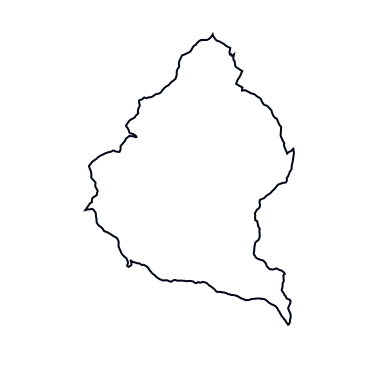 Ciocanesti, Suceava, Romania, rotated 258°
{"feature_id": "2599482B33637098668000", "entity_name": "Ciocanesti", "entity_type": "district", "adm_level": 2, "iso_a3": "ROU", "parent_name": "Romania", "parent_adm1": "Suceava", "projection": "albers", "projection_center": [25.216, 47.495], "detail": "fine", "context": "isolated", "style": "outline", "palette": "ink", "viewbox_px": 384, "rotation_deg": 258, "n_neighbors": 0, "source": "geoboundaries", "source_scale": "gbopen_adm2", "svg_char_len": 6023}
<svg xmlns="http://www.w3.org/2000/svg" viewBox="0 0 384 384"><g transform="rotate(258 192 192)"><path d="M193.6,294.1L197.1,295.1L201.1,296.9L207.4,299.3L209.1,299.8L213.2,300.1L212.8,299.1L211.9,298.3L211.4,296.8L210.8,294.5L209.8,293.1L214.0,292.3L218.4,291.6L219.3,291.8L219.9,292.2L220.4,292.4L223.6,291.4L228.5,290.4L229.9,290.7L236.9,292.7L237.8,292.5L238.7,291.8L240.5,291.2L244.3,290.5L245.5,290.4L246.0,290.2L247.3,288.6L249.7,287.4L252.4,286.8L255.6,286.6L256.7,285.9L260.6,283.4L261.1,282.7L261.7,281.6L262.1,280.9L262.7,280.4L264.9,279.5L266.2,279.1L268.8,278.7L270.8,276.9L271.5,275.9L274.1,273.8L274.9,273.1L276.0,270.7L278.2,268.0L280.2,265.7L280.7,264.3L280.6,263.4L280.8,262.0L281.9,262.2L283.7,263.1L288.6,257.6L291.9,259.7L295.6,263.3L299.9,266.3L301.6,264.4L304.2,261.9L305.8,260.6L309.2,260.7L310.8,260.9L311.4,260.8L312.7,260.1L314.5,260.2L317.8,261.6L316.8,259.9L316.9,259.2L318.5,259.1L318.6,257.7L319.6,257.8L320.6,257.5L321.7,258.1L324.9,259.4L327.9,255.6L329.5,254.6L332.3,251.6L333.5,250.2L334.9,247.7L336.3,246.8L339.4,245.4L341.1,245.0L341.8,245.0L340.1,243.4L338.7,241.4L338.1,240.0L337.7,238.7L337.8,237.0L338.6,233.8L338.4,233.3L338.4,233.0L338.8,232.2L338.3,230.7L338.0,230.0L336.8,228.0L336.1,227.3L335.2,226.2L334.9,225.2L334.3,224.0L333.6,223.1L330.0,220.0L329.1,217.9L327.8,211.9L327.7,210.7L323.0,207.0L320.2,205.8L317.5,205.6L316.8,205.2L315.4,203.5L313.3,202.2L309.4,201.3L306.3,199.5L305.8,198.8L305.3,197.8L303.4,193.9L301.5,191.6L300.9,189.9L300.6,188.6L299.5,186.6L297.8,184.3L296.0,182.3L295.6,181.6L295.1,179.2L295.2,176.7L294.5,175.5L293.9,173.8L293.5,173.0L293.3,171.0L293.6,168.8L293.2,167.6L293.3,167.0L294.3,165.2L294.3,164.6L294.1,164.0L293.0,162.7L292.8,159.8L292.4,159.2L289.8,158.8L287.9,159.0L287.3,158.8L284.2,156.6L282.6,156.0L282.2,156.0L281.4,155.6L280.6,155.9L280.3,155.8L279.7,155.3L278.5,153.0L276.9,151.6L276.6,151.0L275.7,147.6L275.2,146.4L274.5,145.2L270.8,141.3L270.5,141.2L269.4,141.5L268.9,142.0L266.1,142.9L263.3,143.1L262.7,143.4L262.1,144.1L261.8,144.7L261.1,146.4L259.9,147.4L259.7,147.9L258.3,148.9L257.3,149.0L257.3,148.4L258.9,145.7L259.8,142.1L258.8,140.4L258.6,140.1L258.0,138.7L257.5,138.0L256.5,137.5L255.7,136.8L251.8,131.7L248.6,131.0L246.6,129.8L246.3,129.4L246.3,129.0L247.7,125.3L248.9,124.0L249.0,123.6L249.0,123.2L248.3,121.9L248.2,117.8L247.9,116.1L247.8,114.5L247.3,113.3L246.9,111.1L245.8,107.9L244.4,105.5L242.2,100.5L241.5,99.8L239.5,97.3L238.7,96.6L236.3,96.8L233.9,97.3L231.4,97.4L227.0,96.5L226.5,96.6L221.4,99.6L218.5,98.7L217.3,98.6L213.2,99.9L212.2,99.8L210.8,98.9L208.8,98.2L207.3,94.3L206.3,92.9L202.8,91.9L202.4,90.2L196.5,83.9L196.5,84.9L196.7,86.3L196.3,88.2L196.3,90.7L195.5,91.6L194.5,92.3L191.2,93.5L187.9,93.0L184.1,92.8L182.1,92.4L179.6,93.3L178.0,94.3L176.2,96.1L175.5,96.5L173.9,97.3L173.1,97.6L172.6,97.6L172.3,97.8L170.9,99.5L170.6,100.5L169.5,101.6L167.6,103.7L166.6,104.5L166.0,105.5L165.0,106.0L163.6,108.1L163.0,108.6L161.3,109.4L159.9,109.8L157.9,109.8L154.2,108.8L148.6,109.9L146.4,110.4L144.9,111.0L143.1,112.3L142.1,112.8L141.6,113.6L141.0,114.0L138.3,114.6L135.9,114.7L134.0,113.5L132.8,113.3L132.7,113.5L132.7,113.9L132.0,114.4L132.2,115.5L133.1,117.3L134.1,117.8L135.1,118.0L138.4,117.6L136.8,118.7L135.7,119.9L135.2,121.1L133.8,123.4L133.0,125.9L131.3,127.4L130.9,127.9L131.0,129.1L130.7,129.8L129.1,131.7L126.9,133.5L125.8,133.5L124.4,134.4L123.2,134.7L122.3,135.5L121.3,135.8L120.2,136.5L118.4,138.3L117.9,138.6L117.0,138.9L116.5,139.5L115.3,140.3L114.2,141.6L113.7,141.9L111.4,145.4L111.3,146.0L111.4,146.8L111.4,147.2L110.9,148.1L110.9,149.3L109.0,151.9L108.6,152.8L108.7,153.5L109.2,154.6L109.5,155.6L109.6,156.4L109.5,156.9L109.3,157.4L108.4,159.2L108.1,160.0L108.0,161.0L107.5,163.5L107.0,164.9L106.7,166.3L105.7,168.9L105.6,170.9L105.0,172.9L104.1,174.7L102.5,176.0L102.0,177.3L102.0,177.8L102.6,178.8L102.6,179.1L102.4,179.8L101.7,180.8L101.5,181.6L101.6,182.2L101.9,183.4L101.6,184.5L100.8,186.0L99.9,187.4L99.3,187.9L96.6,189.7L95.8,190.8L93.9,192.3L93.6,192.7L91.1,194.4L90.2,194.7L89.1,195.6L88.9,197.0L88.5,198.1L88.3,199.5L87.6,200.3L87.4,200.8L87.5,201.4L86.4,203.6L86.0,204.6L84.6,206.0L84.4,207.1L83.2,208.8L83.0,209.4L82.7,210.9L81.5,213.3L81.4,213.9L80.9,214.3L80.8,214.8L79.1,216.4L78.7,217.1L77.9,217.7L77.6,218.3L77.3,218.8L77.1,219.5L76.5,219.9L76.1,220.4L76.0,220.9L75.1,221.8L75.1,222.7L74.6,223.9L74.6,224.4L74.7,226.9L75.0,227.9L74.6,230.1L74.5,232.5L73.9,235.5L73.3,237.4L72.8,237.9L72.8,239.0L72.4,240.1L71.8,240.9L69.7,243.0L68.0,244.0L65.9,246.2L63.5,249.4L62.3,250.4L60.5,251.3L57.9,252.0L56.9,252.6L55.7,252.8L52.1,253.9L50.2,255.0L49.2,255.3L47.1,256.5L45.7,256.9L42.2,258.4L42.4,259.3L43.0,259.6L44.2,260.6L47.0,261.4L48.3,262.3L49.1,262.5L51.7,263.0L57.6,261.9L58.5,261.9L61.6,264.1L62.7,265.0L63.8,265.2L65.2,265.8L65.6,265.7L66.5,264.8L68.2,262.5L69.0,262.2L70.8,261.9L71.8,261.0L72.5,260.9L73.3,260.9L76.6,259.5L77.6,259.3L79.9,260.7L83.7,261.6L85.9,263.3L91.2,264.0L91.9,264.5L92.4,265.1L92.5,265.7L93.9,265.5L96.7,263.1L97.3,261.7L98.5,260.1L99.1,259.6L99.6,258.9L99.8,258.2L99.4,256.6L99.4,254.5L99.9,253.6L100.1,252.5L100.4,252.0L101.5,251.2L103.9,249.7L104.7,249.5L105.4,249.6L107.5,249.2L108.0,248.6L109.5,247.9L110.5,246.9L111.2,245.4L112.9,242.6L114.7,240.8L116.6,240.3L117.9,239.6L119.7,239.8L122.2,240.8L125.4,241.7L129.1,243.3L129.8,244.1L131.2,246.9L132.7,248.3L134.2,248.7L135.5,249.4L136.5,249.3L140.2,249.9L141.2,250.5L142.0,250.6L142.7,250.2L145.2,249.6L146.5,249.8L147.3,249.6L149.4,249.8L150.5,249.3L151.1,248.1L151.7,248.0L155.0,248.7L156.0,249.1L158.0,248.9L159.6,250.5L161.0,251.6L161.2,252.2L161.7,252.7L162.0,253.7L162.6,254.5L163.3,255.1L165.5,255.9L168.0,255.9L170.2,256.8L170.8,259.5L170.8,260.5L171.1,261.5L172.4,263.2L173.4,265.4L174.3,268.0L176.1,270.6L176.7,271.3L177.5,273.0L180.9,277.1L181.4,278.2L181.7,280.8L182.0,281.6L181.9,282.5L182.0,283.3L181.8,285.7L182.6,286.7L183.8,287.2L186.1,287.7L186.5,288.4L186.8,288.7L190.0,291.1L190.9,291.4L191.8,292.2L193.6,294.1Z" fill="none" stroke="#020617" stroke-width="2"/></g></svg>